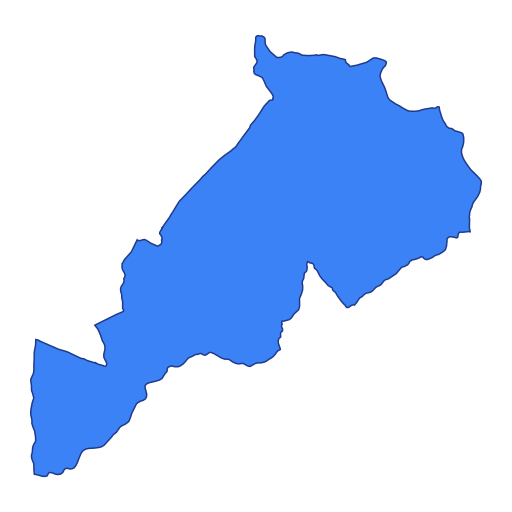 Tena, Cundinamarca, Colombia
{"feature_id": "7082276B40758433755427", "entity_name": "Tena", "entity_type": "district", "adm_level": 2, "iso_a3": "COL", "parent_name": "Colombia", "parent_adm1": "Cundinamarca", "projection": "mercator", "projection_center": [-74.399, 4.648], "detail": "fine", "context": "isolated", "style": "filled", "palette": "blue", "viewbox_px": 512, "rotation_deg": 0, "n_neighbors": 0, "source": "geoboundaries", "source_scale": "gbopen_adm2", "svg_char_len": 5978}
<svg xmlns="http://www.w3.org/2000/svg" viewBox="0 0 512 512"><path d="M34.3,474.2L37.3,474.8L42.5,476.3L45.2,476.4L46.5,476.1L47.3,475.7L47.9,474.2L49.1,472.6L50.8,472.6L53.0,473.1L54.7,473.9L57.3,474.5L60.4,474.2L62.7,472.6L64.2,469.7L65.1,468.8L66.3,468.4L67.4,468.3L69.8,469.0L72.0,468.8L74.0,467.9L75.8,465.7L77.4,462.5L79.1,457.9L80.9,453.7L82.4,451.3L83.8,450.2L86.1,448.9L89.7,448.3L94.1,448.1L98.8,447.5L101.5,446.8L104.2,445.1L111.3,437.3L113.3,434.7L116.3,432.4L120.0,427.1L121.8,425.8L125.5,424.0L128.7,421.6L130.0,418.7L131.9,412.9L136.5,403.8L138.2,402.4L140.6,401.1L142.9,400.5L145.4,398.9L146.5,396.8L146.7,394.2L145.0,387.3L145.1,385.6L145.9,384.5L147.4,383.5L149.6,382.6L155.3,381.3L159.5,380.0L162.0,378.5L165.3,373.2L166.5,372.2L167.0,371.3L167.4,368.6L167.7,367.6L168.7,366.9L170.6,366.1L172.1,366.0L174.5,366.7L178.3,366.7L180.3,365.9L183.2,363.9L185.8,361.1L187.4,359.0L188.9,357.7L192.1,356.4L195.7,354.4L197.8,354.4L199.8,353.5L200.9,353.5L203.2,354.7L204.7,355.2L206.1,354.9L209.1,352.7L210.0,352.4L210.8,352.4L213.8,353.5L220.7,357.6L224.4,359.1L228.7,359.2L232.9,362.1L236.0,363.4L238.7,363.9L241.3,363.5L243.3,363.5L247.4,365.8L249.0,366.3L250.4,366.4L252.7,364.8L253.4,364.7L254.7,363.7L256.8,363.0L261.4,362.8L264.3,362.1L266.6,361.0L268.8,359.4L271.7,357.7L273.3,356.4L275.3,354.2L276.3,352.5L277.8,350.9L280.3,349.5L280.1,348.3L278.8,344.6L278.2,342.5L278.4,339.8L279.1,338.3L280.4,337.3L280.7,336.7L280.5,333.4L281.1,332.1L282.3,331.2L282.6,330.4L282.5,328.7L281.7,327.2L281.5,326.2L281.7,324.8L282.2,324.1L281.6,322.4L282.0,321.2L283.9,321.1L289.0,319.7L290.3,318.9L291.6,317.6L294.2,313.8L298.4,310.0L299.1,308.5L299.6,306.0L299.5,298.5L301.3,294.2L302.6,290.0L302.7,286.0L302.3,283.7L302.2,282.1L302.7,280.4L303.7,278.6L304.3,273.3L306.2,271.5L306.9,270.2L307.2,266.8L306.7,264.6L306.9,263.5L307.4,262.1L307.9,261.6L310.2,263.0L312.4,263.3L313.6,264.4L314.0,265.5L314.2,267.4L314.6,268.4L316.5,269.8L317.5,271.2L319.8,275.8L321.8,278.6L326.3,283.3L327.8,285.2L330.0,286.7L331.9,287.5L332.5,288.6L332.6,289.8L333.5,290.9L335.4,292.3L337.8,296.4L341.3,301.2L343.0,303.2L345.2,305.4L345.9,306.7L346.9,307.5L348.7,307.4L350.9,305.7L353.0,304.7L354.5,305.1L356.7,302.4L359.0,298.9L359.8,297.9L362.2,296.5L364.1,294.6L366.1,293.2L368.7,292.7L371.3,291.8L373.0,290.4L375.8,287.4L378.3,286.0L379.9,285.4L381.4,284.2L383.8,281.0L385.4,279.7L388.3,278.9L395.9,273.9L401.5,267.4L402.6,266.9L404.1,266.6L407.5,264.9L408.8,263.4L409.7,261.5L411.8,260.1L416.3,259.0L419.8,257.6L421.2,256.7L421.9,256.8L423.0,257.3L423.7,258.2L424.7,259.0L426.5,259.6L428.1,259.3L432.7,257.3L434.2,256.1L435.9,255.1L438.2,254.6L439.8,253.8L443.7,251.3L445.5,249.5L446.7,245.2L446.6,244.0L446.9,242.7L447.1,238.7L448.8,237.0L450.7,236.7L454.1,237.2L456.4,237.9L457.7,237.3L457.9,235.5L458.5,233.5L459.7,232.2L463.0,232.2L468.5,231.6L470.1,231.8L470.0,230.3L469.4,228.2L469.4,226.7L469.6,218.8L469.2,216.9L469.6,214.8L469.6,213.1L470.3,210.4L471.9,206.9L472.5,204.4L473.4,202.4L477.4,196.9L479.6,192.6L480.4,189.6L480.6,186.0L481.2,184.2L481.3,181.4L480.6,180.0L479.3,178.3L477.4,176.2L470.7,169.6L466.2,163.4L464.1,160.0L462.6,156.7L461.5,152.9L461.5,149.7L462.8,146.2L463.7,142.1L463.7,137.5L463.0,134.3L462.4,133.3L460.2,132.3L454.7,130.7L452.0,128.6L449.0,128.2L446.6,126.4L445.1,123.4L443.7,121.5L442.1,118.2L439.6,110.1L439.2,107.0L437.2,106.8L435.5,108.2L433.9,108.2L432.0,107.9L423.3,109.4L418.8,110.8L414.9,111.3L410.2,111.2L407.8,110.7L403.6,108.5L399.3,105.8L395.5,103.9L389.5,99.8L387.8,97.2L386.0,91.4L384.6,87.4L381.3,80.7L380.0,76.2L380.6,73.0L382.3,69.1L383.8,67.2L385.3,65.8L386.2,63.5L386.3,61.9L384.7,60.6L380.5,59.1L376.1,57.9L373.3,58.0L366.6,62.3L356.8,65.2L350.0,66.5L348.9,64.9L345.9,62.5L345.3,59.6L341.4,58.6L340.4,58.6L335.4,56.7L324.9,54.7L322.5,54.6L317.9,55.5L316.8,54.8L314.0,55.3L308.6,55.6L302.0,55.2L299.7,53.8L297.9,53.1L294.7,52.7L292.1,52.0L290.0,52.2L286.7,53.1L283.8,54.9L282.2,56.7L280.2,57.4L276.9,57.5L270.1,51.6L265.9,45.5L265.2,43.4L265.0,38.5L263.9,37.0L261.7,35.9L260.4,36.1L258.2,35.6L256.6,36.1L255.8,37.2L255.6,41.8L254.8,45.3L254.6,49.8L254.7,56.5L256.7,59.7L257.2,61.8L256.6,63.1L253.7,67.3L253.7,68.3L254.0,69.3L253.8,71.5L254.4,73.6L255.9,74.7L260.4,76.5L262.5,77.9L263.7,80.2L266.4,86.5L271.6,93.2L273.3,96.2L272.8,98.5L272.9,99.6L272.5,100.0L269.6,100.3L264.2,106.1L258.4,115.2L254.4,120.7L250.6,125.0L249.5,128.0L242.7,137.0L240.6,140.1L238.5,142.8L235.7,147.0L232.3,149.5L231.6,150.4L224.4,155.5L219.0,159.9L211.9,167.1L205.8,173.8L202.8,176.4L200.4,179.3L190.8,189.1L185.9,194.5L179.9,200.6L178.7,202.2L172.3,212.7L170.6,215.2L169.9,216.7L162.6,227.0L162.8,227.2L162.5,227.7L161.8,227.8L162.0,229.0L161.6,229.1L160.2,231.5L159.7,232.6L159.7,233.8L160.9,235.2L162.0,237.6L161.9,239.9L161.5,240.1L161.8,240.7L161.7,242.9L160.9,244.3L157.7,246.2L150.8,243.2L146.2,240.2L144.5,239.5L142.4,239.8L141.0,240.4L139.3,240.6L138.0,240.4L137.4,240.3L137.1,239.9L131.4,251.8L124.7,259.3L122.1,263.8L122.0,267.5L122.6,269.8L124.3,272.7L125.1,275.1L124.9,276.5L123.8,278.7L124.1,281.0L123.4,283.2L121.2,286.5L120.5,289.3L120.8,291.6L121.7,294.7L121.8,298.7L122.4,300.2L122.7,302.9L122.6,308.4L123.7,310.2L123.3,311.3L122.2,312.0L116.9,314.2L94.8,325.2L97.8,329.0L100.5,335.0L102.5,341.2L103.3,342.2L104.7,345.2L105.0,348.0L104.9,349.6L103.8,354.1L103.8,355.7L103.9,357.4L106.7,363.2L106.7,364.0L106.4,365.2L105.7,366.2L104.2,366.2L103.2,365.6L98.1,364.2L95.7,362.8L95.7,363.1L87.1,360.5L83.7,358.7L82.1,358.6L80.6,358.2L67.0,351.7L58.4,349.2L39.4,340.9L38.6,340.4L38.6,340.2L35.8,339.5L35.6,344.9L34.2,352.4L34.2,357.9L33.9,364.3L33.9,370.6L33.4,373.5L30.8,379.2L30.8,381.0L31.4,385.3L31.6,390.8L32.6,393.3L33.8,398.0L32.2,402.9L31.0,408.9L30.7,412.8L30.8,414.8L31.8,419.4L32.0,421.4L31.8,422.8L32.1,424.2L33.2,427.6L34.7,431.3L35.6,437.4L35.6,441.0L34.9,442.6L34.0,443.8L32.7,447.1L32.2,452.8L31.5,455.0L31.5,457.0L32.0,459.3L33.7,463.5L33.9,465.2L33.9,469.6L34.3,474.2Z" fill="#3b82f6" stroke="#1e3a8a" stroke-width="1.5"/></svg>